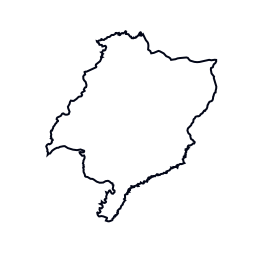 outline of Buta, Orientale, Democratic Republic of the Congo, rotated 288°
{"feature_id": "63176286B70684258400559", "entity_name": "Buta", "entity_type": "district", "adm_level": 2, "iso_a3": "COD", "parent_name": "Democratic Republic of the Congo", "parent_adm1": "Orientale", "projection": "mercator", "projection_center": [25.009, 2.835], "detail": "fine", "context": "isolated", "style": "outline", "palette": "ink", "viewbox_px": 256, "rotation_deg": 288, "n_neighbors": 0, "source": "geoboundaries", "source_scale": "gbopen_adm2", "svg_char_len": 5764}
<svg xmlns="http://www.w3.org/2000/svg" viewBox="0 0 256 256"><g transform="rotate(288 128 128)"><path d="M108.8,187.9L109.9,188.7L110.2,190.1L112.1,192.5L112.7,191.5L114.4,190.5L115.2,189.7L116.1,190.3L117.9,189.9L118.2,190.7L117.8,191.3L118.1,191.7L118.9,191.5L119.2,190.4L119.5,190.3L120.5,191.2L121.7,190.3L122.6,190.9L123.2,190.5L123.9,190.6L124.6,189.7L125.2,190.7L125.8,191.0L126.1,190.1L127.0,191.4L127.5,190.8L127.8,190.8L128.3,191.7L129.0,190.6L129.6,190.7L130.1,191.0L130.6,192.6L132.2,194.1L133.4,194.7L133.7,195.7L134.8,195.9L135.4,195.6L136.1,193.8L136.6,193.4L136.9,191.7L137.3,191.1L139.4,189.8L140.1,189.8L141.0,188.8L141.6,187.2L143.0,186.0L144.0,185.3L146.1,185.1L150.2,187.2L151.7,187.2L153.8,188.2L156.3,187.7L157.0,187.9L157.7,188.5L159.3,188.7L159.9,189.2L160.8,190.7L160.8,191.2L161.5,192.1L162.4,192.7L163.3,192.8L164.6,193.7L164.9,194.2L167.9,195.0L168.2,195.3L168.0,195.8L168.2,196.1L169.4,196.2L170.5,196.9L172.1,197.0L174.3,196.6L175.0,196.9L176.1,196.9L178.1,197.4L179.5,199.2L180.3,199.7L181.8,199.8L184.4,199.3L184.9,199.5L186.5,199.3L188.4,199.6L188.9,200.3L190.8,199.8L192.7,199.7L194.7,199.2L202.1,194.1L203.4,194.0L205.7,190.6L209.0,188.8L210.6,188.4L212.0,189.9L214.2,189.8L215.2,190.0L216.8,191.0L218.5,191.3L220.0,190.8L219.7,189.4L218.2,186.4L217.9,184.1L212.9,175.6L212.0,173.4L211.4,170.7L211.3,166.4L212.1,164.7L213.2,163.2L213.1,161.7L210.5,155.6L209.5,153.6L208.1,151.9L206.1,147.9L207.3,146.7L207.9,144.9L208.1,142.2L210.0,138.9L210.8,134.4L210.7,133.1L207.4,129.3L206.2,127.0L208.1,125.4L208.8,122.9L212.5,122.0L214.3,121.2L215.5,120.3L217.1,117.8L221.7,113.4L220.9,113.1L219.9,112.1L219.8,111.1L222.1,111.4L222.9,110.6L222.9,110.3L222.3,109.8L219.2,109.2L217.6,108.2L217.3,107.6L216.7,107.8L216.1,107.2L215.7,106.5L215.8,105.5L215.0,105.3L214.6,103.8L214.8,103.4L215.8,102.8L215.6,101.8L217.3,99.4L216.8,97.0L217.6,96.9L218.1,96.4L218.8,96.6L219.3,95.9L218.9,95.5L217.8,95.3L216.9,94.5L216.4,94.0L216.5,93.1L215.7,92.3L214.1,91.8L213.7,91.3L213.8,90.3L215.1,90.7L215.7,90.0L215.5,89.7L214.8,89.8L214.6,89.6L214.9,87.9L214.6,87.0L214.0,87.2L212.0,85.5L211.5,83.9L210.8,83.3L209.0,82.4L208.0,80.3L206.5,79.9L205.9,78.9L204.3,77.9L204.0,76.3L204.4,75.4L204.3,75.2L203.4,75.4L202.0,73.1L201.0,72.7L201.0,71.5L200.5,71.8L199.9,72.8L199.7,74.2L198.4,74.9L198.3,75.2L198.9,77.4L197.6,78.4L199.1,80.9L198.9,81.6L198.1,82.3L195.3,82.3L194.5,81.8L194.3,80.4L192.2,80.0L191.7,79.2L190.8,81.3L189.9,80.7L189.5,81.1L187.6,80.5L187.4,81.7L186.5,80.7L185.7,81.1L182.9,80.8L178.5,77.9L177.5,78.0L176.4,79.0L175.9,78.9L168.8,71.2L168.4,70.0L167.8,69.4L165.6,70.7L164.5,69.8L163.2,69.5L160.9,70.4L159.8,71.5L158.7,73.5L156.1,75.2L154.6,75.5L153.9,75.5L153.1,74.5L151.0,74.1L149.9,75.3L147.4,73.1L146.5,73.0L145.3,74.2L143.8,73.9L142.4,71.4L139.8,70.1L137.1,68.1L136.6,66.8L136.4,65.2L134.7,64.8L132.9,65.0L129.6,64.3L128.1,65.2L125.4,67.4L122.9,67.3L121.9,66.0L121.4,64.6L121.4,63.1L121.9,62.2L121.7,61.6L121.2,61.0L118.7,60.3L116.2,57.6L115.3,57.3L114.3,57.4L113.3,59.2L112.8,59.3L111.7,58.4L110.5,58.3L109.7,57.7L107.6,57.3L106.1,56.6L104.4,56.8L103.2,56.5L102.1,56.6L101.7,55.7L100.4,55.7L97.9,57.1L96.3,57.2L95.4,58.0L94.2,57.8L93.8,59.8L93.3,60.2L92.0,59.6L90.6,60.0L89.4,59.5L88.3,58.5L88.4,57.6L87.6,56.7L86.8,56.2L85.3,55.9L82.3,58.2L80.7,58.5L80.2,59.5L77.7,59.9L79.2,60.7L79.7,61.8L83.0,62.9L85.4,64.7L87.2,66.5L87.7,67.9L89.0,69.1L90.7,72.1L91.2,73.5L90.3,77.0L90.4,82.4L91.2,86.4L92.9,89.5L92.8,93.2L92.5,93.5L91.3,93.4L90.8,92.5L90.4,90.0L90.0,89.4L89.0,90.1L87.4,93.0L88.3,94.7L87.1,95.7L85.7,96.0L83.0,95.7L81.9,96.1L80.5,96.0L79.1,97.3L78.2,97.2L77.4,98.1L76.5,97.6L74.6,98.8L73.9,98.8L72.4,99.4L70.6,101.1L68.8,102.2L68.6,102.9L68.9,104.7L68.1,108.0L68.6,109.9L68.5,111.0L67.3,114.8L67.2,118.0L68.4,121.2L70.5,123.1L71.5,125.1L71.6,125.8L71.2,127.4L70.6,128.6L70.5,130.4L69.3,130.8L69.1,131.8L65.4,132.3L64.7,133.0L64.3,134.5L62.9,135.0L60.8,134.0L60.7,133.2L60.8,132.6L63.0,130.3L62.9,129.8L62.5,129.4L60.4,129.1L60.0,128.7L60.1,127.2L58.3,128.5L56.2,128.4L54.2,129.2L53.3,128.1L52.5,128.0L51.1,129.9L50.6,129.9L49.6,129.1L49.4,128.5L49.4,126.9L49.9,125.8L48.2,126.3L47.2,125.0L46.9,126.9L46.3,127.7L45.0,128.4L43.4,127.7L43.1,125.8L41.6,126.1L40.0,127.7L39.1,127.5L38.2,126.7L38.3,125.1L37.9,124.9L36.1,126.0L35.0,127.5L35.1,128.3L36.0,129.8L36.3,131.7L36.1,135.7L35.6,135.9L33.1,135.6L33.1,138.0L33.6,139.2L35.2,141.2L35.9,141.6L37.0,141.3L37.9,142.1L39.6,142.1L39.9,142.4L39.9,143.2L40.6,143.4L40.6,142.7L41.2,142.9L42.2,144.3L42.8,144.3L43.5,144.8L43.9,144.8L44.2,143.9L45.0,143.9L45.5,144.3L46.3,143.7L48.6,144.9L49.0,145.6L52.0,145.7L53.6,146.7L54.5,146.4L57.8,147.3L58.4,147.7L59.2,146.2L60.5,146.9L63.3,145.8L64.2,146.3L64.9,147.8L65.3,148.0L66.1,147.2L66.5,147.3L67.4,148.6L67.7,147.6L68.0,147.5L68.6,148.5L68.9,148.5L69.6,147.5L70.1,147.6L70.3,148.0L70.1,149.0L71.4,148.7L72.2,149.8L72.6,149.8L73.7,149.1L73.9,149.5L73.0,150.2L73.0,150.8L73.6,151.9L74.0,151.5L74.3,151.5L75.8,153.7L76.7,154.2L75.9,154.5L75.6,155.1L76.0,155.9L76.3,155.5L78.0,155.1L78.4,156.3L79.2,157.1L80.1,157.0L79.7,158.8L80.1,159.3L80.1,159.9L80.9,160.2L81.8,159.6L82.2,159.7L82.5,160.3L82.3,160.9L82.8,161.7L82.8,162.8L83.3,162.9L84.2,162.3L85.4,163.5L85.6,162.9L86.3,163.5L86.6,162.7L87.0,162.7L87.7,163.4L87.7,163.9L87.2,164.4L87.3,164.7L88.4,165.6L88.7,164.9L89.4,165.1L89.2,166.3L89.6,167.0L90.1,166.8L90.6,167.9L90.5,168.6L92.6,169.7L92.2,171.0L92.5,171.5L93.1,171.0L93.2,172.8L94.2,173.3L95.6,175.7L96.5,176.0L96.9,178.3L97.4,178.8L97.7,178.8L98.0,177.9L98.5,177.9L100.6,180.6L102.6,181.2L103.0,181.9L103.7,181.4L103.8,182.7L104.1,183.2L104.4,182.9L104.9,183.0L105.6,185.3L106.2,185.5L105.5,187.3L107.2,187.2L107.4,187.0L107.0,186.3L107.6,186.0L108.2,186.5L108.8,187.9Z" fill="none" stroke="#020617" stroke-width="2"/></g></svg>